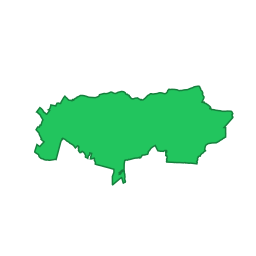 outline of Schitu Duca, Iasi, Romania, rotated 130°
{"feature_id": "2599482B72695645747592", "entity_name": "Schitu Duca", "entity_type": "district", "adm_level": 2, "iso_a3": "ROU", "parent_name": "Romania", "parent_adm1": "Iasi", "projection": "natural_earth1", "projection_center": [27.758, 47.015], "detail": "fine", "context": "isolated", "style": "filled", "palette": "green", "viewbox_px": 256, "rotation_deg": 130, "n_neighbors": 0, "source": "geoboundaries", "source_scale": "gbopen_adm2", "svg_char_len": 5772}
<svg xmlns="http://www.w3.org/2000/svg" viewBox="0 0 256 256"><g transform="rotate(130 128 128)"><path d="M181.3,103.6L181.3,103.2L172.5,101.7L170.2,101.1L170.2,100.8L171.3,99.1L173.1,96.5L173.2,96.2L172.5,96.0L171.4,95.3L170.5,95.7L169.9,96.8L169.1,97.9L167.7,98.7L167.0,99.3L166.0,100.4L165.4,100.8L165.1,101.5L164.7,102.0L163.6,103.0L162.6,104.1L163.0,104.3L164.1,104.0L164.5,104.3L165.4,104.4L166.4,104.9L167.0,104.8L167.4,104.3L167.6,104.5L167.8,104.5L168.2,104.3L169.1,104.9L168.3,105.4L167.8,106.1L167.4,106.0L167.1,105.6L166.2,105.5L165.3,105.6L165.1,105.3L164.8,105.5L164.4,105.5L164.1,105.3L164.0,104.9L163.4,104.8L163.1,104.3L162.9,104.4L162.5,104.2L157.9,107.9L155.0,109.6L154.5,109.3L154.3,109.4L154.1,109.2L153.4,108.5L153.2,108.1L152.7,107.5L151.7,107.4L151.5,107.1L151.3,106.6L147.7,104.1L146.4,103.1L144.9,101.5L143.5,100.6L143.2,100.4L143.6,100.0L143.1,99.5L142.5,99.2L142.1,99.4L141.2,99.3L140.0,99.7L139.7,99.6L138.3,98.4L137.8,97.7L137.3,97.6L135.5,96.1L133.9,96.6L133.3,97.2L131.2,97.1L129.0,97.4L126.8,97.0L123.9,95.9L125.8,91.6L126.2,90.3L125.7,89.7L124.8,87.9L124.1,87.3L123.4,86.2L123.1,85.8L121.8,85.5L120.7,84.4L120.5,83.9L120.7,83.7L120.9,84.0L121.7,82.8L122.4,82.9L122.5,83.1L122.5,83.3L123.5,82.3L124.8,81.4L124.2,80.7L124.7,80.2L124.9,79.8L125.1,79.3L126.1,78.6L126.8,78.6L127.4,78.1L127.6,77.4L128.2,77.4L128.5,77.2L129.1,76.8L129.2,76.5L125.1,71.1L124.9,70.6L123.9,69.5L123.3,68.6L121.2,66.1L118.8,62.8L118.1,62.4L117.6,61.6L117.7,61.3L117.1,60.7L115.8,58.7L114.5,57.3L111.2,52.2L109.9,52.9L109.9,53.4L109.7,53.8L108.7,53.8L107.4,54.3L107.2,54.5L107.0,54.9L106.6,55.2L106.0,55.4L105.3,55.4L104.7,55.8L103.7,55.3L103.0,54.6L102.7,54.8L101.8,55.1L100.9,55.1L99.6,54.9L98.8,54.5L97.6,54.6L95.6,54.0L95.4,54.4L95.4,55.3L93.9,56.2L92.3,57.0L91.0,57.3L88.5,56.6L85.3,53.9L83.8,52.2L82.6,50.9L79.6,49.7L78.3,49.5L76.1,48.6L75.0,48.5L73.7,47.9L73.0,47.8L72.2,47.4L69.1,49.9L69.1,50.1L68.5,50.5L65.0,53.4L65.9,54.7L53.2,54.4L53.1,54.6L52.5,54.6L52.5,55.0L52.1,55.0L51.9,55.4L51.9,55.9L51.0,56.7L50.9,56.9L50.4,56.8L49.7,56.9L48.8,59.0L48.9,59.8L50.5,61.9L51.3,62.9L52.6,64.1L54.6,66.5L55.6,68.6L56.5,69.8L57.0,70.7L58.0,72.2L58.5,73.4L59.3,74.8L60.2,75.8L59.9,76.7L60.6,77.6L60.6,77.8L60.4,78.0L59.1,78.0L58.9,79.0L58.9,80.8L58.8,81.3L59.0,81.8L59.0,82.8L59.2,83.3L59.1,84.1L59.9,85.6L59.8,85.8L59.3,86.1L59.2,86.5L60.6,87.6L60.7,87.9L60.1,88.1L56.2,89.2L55.3,89.8L55.1,90.9L54.1,93.0L53.2,93.1L52.5,94.3L52.1,95.5L52.2,96.4L51.0,98.1L50.8,99.2L50.2,99.9L50.2,100.0L50.8,101.1L53.1,103.1L54.2,103.9L55.5,104.3L57.3,105.5L60.3,107.0L62.8,109.5L64.8,111.0L65.3,111.7L66.4,112.7L66.9,113.7L67.2,115.0L68.8,117.5L70.5,119.6L71.7,120.7L71.9,121.5L73.8,121.6L75.3,121.0L75.7,121.0L77.2,121.2L77.9,121.7L78.2,122.0L79.0,123.6L79.3,124.5L80.4,126.1L81.1,126.8L82.5,127.6L83.5,128.4L84.4,129.3L85.7,130.4L86.3,131.2L86.6,131.9L87.3,132.8L89.1,133.2L90.5,133.8L94.2,134.0L94.8,134.2L96.4,134.4L97.0,134.7L98.2,136.2L97.8,136.3L98.4,137.1L98.7,138.3L98.7,138.8L98.8,139.6L98.8,140.0L99.9,141.0L100.4,141.6L102.5,142.8L103.3,144.4L103.1,144.8L103.0,146.8L102.8,146.8L102.9,147.3L102.8,147.6L102.3,148.0L102.8,150.0L102.7,150.3L103.1,150.4L103.2,150.7L103.1,150.8L103.3,151.8L103.2,152.1L102.9,152.5L102.8,152.8L103.0,154.6L103.9,156.1L104.2,156.5L106.4,158.0L107.0,158.6L107.7,158.7L108.3,159.1L109.3,159.5L110.2,160.6L110.5,161.3L110.8,162.7L111.0,163.5L111.6,164.3L114.1,165.5L115.3,166.4L116.0,167.1L116.9,168.5L120.8,171.2L122.2,170.8L122.6,170.8L124.1,171.5L125.8,172.6L129.5,177.6L129.8,178.2L130.5,180.2L131.6,182.6L132.3,183.7L133.7,185.4L135.4,185.9L137.2,186.9L137.7,186.7L139.4,187.5L140.0,187.6L140.4,187.6L140.6,187.7L141.0,187.6L141.0,187.9L141.7,188.7L142.0,188.8L142.3,188.8L142.5,188.5L142.5,188.1L143.2,188.5L143.8,189.9L144.7,191.1L144.7,192.0L144.4,194.3L144.4,195.9L144.2,196.8L146.0,196.8L148.8,196.3L151.1,195.9L152.6,195.4L153.3,196.3L153.3,196.7L153.7,197.4L154.7,198.3L155.9,197.9L156.5,197.9L157.5,197.5L158.0,198.4L158.1,198.6L159.9,201.9L160.4,201.6L162.9,200.4L164.5,200.3L165.2,200.6L165.0,200.0L164.9,199.3L169.3,199.1L169.8,199.2L169.9,199.6L169.8,200.7L169.8,201.8L170.0,202.1L170.0,202.7L170.0,203.0L169.6,203.3L169.5,204.2L169.2,204.7L169.1,205.1L168.9,207.0L169.0,208.6L174.5,208.3L174.1,207.2L174.2,206.9L174.5,206.2L174.3,204.2L174.6,203.5L174.8,202.8L175.4,201.6L175.7,200.4L176.5,198.4L178.2,198.0L181.8,196.5L182.2,197.2L183.6,196.7L183.7,196.9L184.4,196.6L185.3,197.8L188.4,197.3L189.1,193.0L189.4,192.3L190.0,191.8L191.8,187.4L192.4,187.5L192.5,187.5L192.5,186.9L192.7,185.4L192.6,184.9L192.5,183.5L192.6,183.4L196.1,183.6L198.8,183.6L199.1,184.8L199.2,187.1L205.3,184.6L206.2,184.1L206.4,183.8L206.3,182.3L205.9,179.6L206.0,179.2L206.9,177.9L207.1,177.5L207.2,175.0L206.1,172.7L206.2,172.1L205.4,170.5L205.0,169.9L204.0,168.9L203.6,168.0L203.3,167.5L199.8,164.4L198.9,163.8L198.6,163.2L198.4,162.8L181.2,170.9L178.8,171.0L178.8,171.5L178.6,171.6L178.3,171.5L178.0,171.2L177.7,171.2L177.7,170.3L177.4,169.7L177.2,169.1L177.2,167.5L177.3,166.5L177.0,165.2L176.8,163.7L177.0,163.0L176.9,162.3L176.7,161.7L176.4,159.6L176.5,157.9L177.1,155.5L174.0,155.2L173.8,154.0L174.3,153.3L174.6,153.4L174.7,153.2L175.3,153.2L175.8,152.3L177.1,151.5L177.2,151.2L177.0,150.7L177.5,150.3L177.7,148.9L177.3,148.8L177.1,148.3L175.7,148.3L175.3,148.1L175.2,147.5L175.3,146.9L175.1,146.1L175.4,144.9L176.3,142.8L176.5,142.6L177.5,142.1L177.7,141.8L177.1,139.8L177.1,139.3L174.8,140.5L174.0,140.2L172.9,140.3L172.3,140.8L171.6,141.2L171.3,140.5L170.8,139.5L173.9,137.9L174.0,138.0L175.8,136.9L174.8,136.1L174.9,135.9L172.8,134.6L172.9,134.1L174.3,133.1L175.1,131.1L176.0,130.4L176.7,129.9L176.2,128.5L170.3,116.0L170.2,115.6L168.7,112.3L170.9,110.3L175.2,108.8L181.3,103.6Z" fill="#22c55e" stroke="#15803d" stroke-width="1.5"/></g></svg>